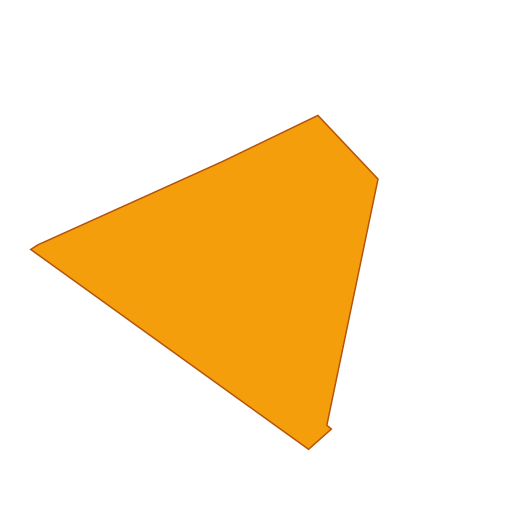 outline of 35, Ad Dawhah, Qatar, rotated 312°
{"feature_id": "91078587B93784378535894", "entity_name": "35", "entity_type": "district", "adm_level": 2, "iso_a3": "QAT", "parent_name": "Qatar", "parent_adm1": "Ad Dawhah", "projection": "albers", "projection_center": [51.488, 25.313], "detail": "fine", "context": "isolated", "style": "filled", "palette": "amber", "viewbox_px": 512, "rotation_deg": 312, "n_neighbors": 0, "source": "geoboundaries", "source_scale": "gbopen_adm2", "svg_char_len": 276}
<svg xmlns="http://www.w3.org/2000/svg" viewBox="0 0 512 512"><g transform="rotate(312 256 256)"><path d="M110.1,84.2L147.5,424.4L177.8,427.8L177.6,421.9L394.8,295.2L401.9,207.9L303.0,167.5L118.3,86.4L110.1,84.2Z" fill="#f59e0b" stroke="#b45309" stroke-width="1.5"/></g></svg>